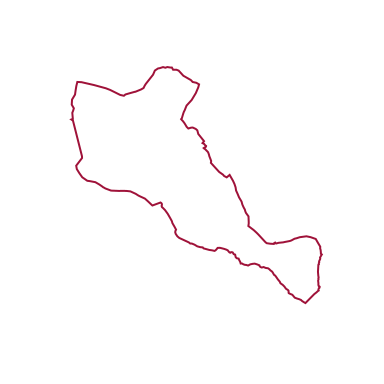 the district of Doguwa, Kano, Nigeria, rotated 140°
{"feature_id": "59680162B97563361057366", "entity_name": "Doguwa", "entity_type": "district", "adm_level": 2, "iso_a3": "NGA", "parent_name": "Nigeria", "parent_adm1": "Kano", "projection": "natural_earth1", "projection_center": [8.639, 10.884], "detail": "fine", "context": "isolated", "style": "outline", "palette": "rose", "viewbox_px": 384, "rotation_deg": 140, "n_neighbors": 0, "source": "geoboundaries", "source_scale": "gbopen_adm2", "svg_char_len": 3744}
<svg xmlns="http://www.w3.org/2000/svg" viewBox="0 0 384 384"><g transform="rotate(140 192 192)"><path d="M237.8,325.1L237.3,323.2L253.3,290.1L254.4,288.7L263.8,286.6L265.5,283.6L266.2,278.7L266.4,276.2L266.6,273.8L265.0,267.9L263.1,265.8L259.7,261.6L258.2,257.4L257.3,254.2L257.0,252.7L256.8,252.4L256.1,250.4L253.1,245.1L250.8,243.0L247.4,239.9L243.6,236.8L241.4,234.8L241.1,234.5L238.8,232.1L236.3,226.8L235.3,223.6L234.3,221.4L232.3,217.2L231.7,212.9L231.1,207.5L231.0,207.1L222.9,204.2L222.6,203.2L222.8,202.1L223.5,201.3L224.2,200.9L224.5,200.3L224.7,199.7L224.5,198.4L224.3,195.4L224.6,191.0L225.5,185.9L226.2,182.5L227.0,180.8L227.7,176.8L228.4,173.4L229.6,172.9L230.7,172.0L231.4,170.4L231.7,167.5L231.3,165.0L228.3,158.6L226.8,155.4L226.5,153.7L225.3,152.7L223.9,150.0L222.9,147.0L221.1,144.4L219.4,142.7L219.4,141.4L217.6,138.8L216.0,136.5L214.1,134.4L212.6,132.4L211.6,132.2L210.3,132.3L208.3,132.7L206.5,131.3L205.1,129.4L203.9,127.7L202.7,125.7L202.1,124.3L202.2,122.8L202.1,121.5L201.6,120.8L200.7,120.8L199.7,119.7L199.8,118.5L200.0,117.6L199.2,116.3L199.7,115.4L200.4,114.0L200.3,112.5L199.1,111.0L199.5,109.9L200.0,107.5L200.7,105.9L199.7,105.2L199.1,103.5L198.3,102.2L197.3,101.2L196.3,99.6L193.8,99.1L191.6,97.9L190.0,96.8L188.6,94.6L187.5,92.5L187.9,91.5L187.7,90.4L187.1,89.3L185.4,88.5L184.4,86.5L182.8,84.7L182.4,83.2L182.3,81.6L181.8,79.5L182.0,77.8L182.4,75.9L182.0,74.5L182.1,72.9L182.4,69.8L182.4,66.9L182.9,65.2L182.2,62.6L182.0,60.2L182.2,57.5L181.5,55.2L181.6,54.1L182.3,53.4L182.9,52.3L182.2,50.7L181.2,48.8L181.2,47.4L181.2,45.0L180.1,43.0L178.8,41.0L177.9,39.2L177.8,38.0L177.2,35.9L176.5,34.0L163.9,35.2L161.4,35.1L159.1,35.2L158.3,35.1L158.1,35.8L157.7,36.1L156.8,36.7L156.2,36.6L155.6,36.9L155.1,37.3L155.1,37.7L155.5,37.9L155.3,38.8L154.9,39.6L153.7,41.0L152.4,43.0L151.0,44.0L150.7,44.7L149.9,45.2L149.2,46.5L146.8,49.9L143.4,53.5L142.0,55.0L141.3,55.0L140.6,56.0L139.8,56.3L139.2,57.2L138.1,57.7L136.7,58.4L136.0,59.5L132.7,60.7L133.0,61.8L132.4,62.5L130.8,64.8L130.1,66.4L128.9,67.7L128.2,72.0L127.4,76.5L130.2,81.2L132.8,84.5L138.5,88.1L141.5,89.3L143.5,90.3L147.0,91.0L148.6,91.6L153.1,94.1L154.5,94.8L158.3,97.4L160.5,98.4L160.7,98.5L160.8,99.8L161.1,99.8L161.4,99.9L161.8,100.0L162.1,100.0L162.7,99.6L163.0,99.9L165.4,102.2L167.7,104.8L168.0,106.5L168.3,112.7L168.5,116.8L168.7,119.2L169.2,123.1L170.7,129.7L168.8,131.4L167.8,132.6L164.4,137.0L164.1,141.3L163.6,142.9L162.8,144.6L162.4,146.8L161.5,150.0L160.2,152.8L159.4,157.7L158.2,161.5L157.3,164.8L155.6,167.6L154.3,170.9L153.4,174.2L153.0,176.4L152.2,180.9L156.0,180.9L157.1,183.6L157.1,185.3L158.3,189.9L158.8,202.2L157.4,203.4L156.6,205.6L155.7,208.3L155.0,209.7L154.4,211.3L154.1,212.4L154.4,216.3L154.7,217.3L154.8,218.1L153.8,218.0L153.0,217.8L152.8,217.7L152.2,217.8L151.8,218.0L151.6,218.2L151.8,219.0L151.9,219.8L151.8,220.9L151.8,221.1L152.1,221.5L152.2,221.9L152.5,222.7L150.1,223.2L149.9,232.4L148.3,235.8L148.6,237.9L150.0,240.9L151.4,241.9L154.0,243.0L154.2,245.4L153.8,247.7L153.5,249.9L153.4,252.2L153.5,253.8L153.5,254.8L152.4,255.0L148.3,257.7L146.8,258.6L144.9,259.4L142.7,260.6L140.6,261.7L133.1,262.7L125.5,265.3L120.0,268.1L117.4,269.9L118.5,272.9L120.8,275.9L120.9,278.4L123.9,286.6L124.2,293.6L125.3,295.6L127.9,297.8L127.7,298.8L127.4,300.3L128.7,301.4L130.6,303.6L132.5,304.3L133.9,306.3L137.1,307.6L138.1,308.2L138.7,308.5L142.4,308.9L146.4,306.9L157.9,304.5L159.8,303.9L162.3,302.8L165.1,303.3L171.0,305.2L171.4,305.5L176.0,307.6L180.3,309.5L182.3,309.5L184.6,312.5L187.3,318.7L189.1,322.8L191.3,326.8L198.3,336.9L206.1,347.2L209.1,350.0L212.4,347.6L215.9,344.6L219.0,341.8L224.5,339.9L228.0,336.2L228.7,332.1L230.6,330.8L232.8,329.6L236.3,324.6L237.8,325.1Z" fill="none" stroke="#9f1239" stroke-width="2"/></g></svg>